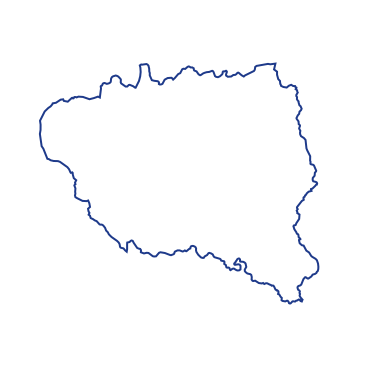 the district of Andramasina, Analamanga, Madagascar, rotated 343°
{"feature_id": "10022922B11040894453097", "entity_name": "Andramasina", "entity_type": "district", "adm_level": 2, "iso_a3": "MDG", "parent_name": "Madagascar", "parent_adm1": "Analamanga", "projection": "mercator", "projection_center": [47.78, -19.337], "detail": "fine", "context": "isolated", "style": "outline", "palette": "blue", "viewbox_px": 384, "rotation_deg": 343, "n_neighbors": 0, "source": "geoboundaries", "source_scale": "gbopen_adm2", "svg_char_len": 5961}
<svg xmlns="http://www.w3.org/2000/svg" viewBox="0 0 384 384"><g transform="rotate(343 192 192)"><path d="M136.3,63.9L135.6,64.3L135.2,66.5L131.5,74.7L130.0,73.3L125.7,73.5L121.1,73.3L115.5,69.2L111.3,67.6L109.3,67.8L108.6,67.2L107.3,66.8L106.1,67.8L105.5,67.7L105.0,66.9L104.6,66.9L99.6,69.3L96.1,67.4L95.9,65.7L93.4,65.3L88.0,66.9L84.7,66.5L84.1,67.3L81.8,68.8L79.2,69.6L74.7,71.9L67.5,79.4L66.9,83.3L65.3,88.4L63.5,92.0L61.6,104.3L62.5,107.1L63.4,118.0L64.6,118.6L66.2,120.4L68.8,121.9L72.9,123.3L74.6,124.6L80.1,131.8L81.1,134.3L81.5,137.7L81.8,138.3L83.2,138.2L83.5,138.9L83.1,140.4L83.0,144.2L84.7,146.9L82.9,148.8L82.8,150.5L82.0,150.7L81.4,151.4L81.6,154.4L80.3,157.7L80.0,159.5L79.1,161.0L79.0,162.8L80.2,164.2L84.7,168.5L88.5,169.9L90.2,169.8L90.5,172.8L90.1,176.5L87.7,177.6L87.4,180.3L87.8,182.0L86.5,183.5L87.5,184.8L87.5,187.3L89.4,189.0L90.7,190.7L92.3,192.0L94.1,195.9L94.8,196.4L96.2,196.8L97.3,198.0L98.4,200.8L98.6,203.8L99.7,205.8L100.1,208.1L100.7,209.3L101.9,211.5L106.0,216.8L107.1,218.8L107.5,220.6L107.2,223.2L107.3,224.0L107.8,224.6L110.0,225.9L111.0,228.3L112.1,230.0L113.2,227.8L114.8,222.6L115.3,221.4L117.6,221.6L119.1,220.8L120.1,220.7L121.0,221.4L121.4,223.6L123.2,229.4L124.4,230.5L125.8,231.3L126.2,232.7L125.5,234.7L128.1,236.7L130.9,236.9L132.6,237.6L135.7,241.9L136.9,242.6L138.8,243.0L142.7,240.5L144.2,240.4L148.2,242.4L152.7,245.9L153.5,246.3L156.3,246.1L157.0,245.7L157.6,244.6L158.3,244.0L161.1,243.6L163.2,244.3L165.5,246.1L166.4,246.2L168.1,245.8L168.9,246.8L169.4,247.0L172.4,245.7L173.9,245.5L174.1,244.8L175.1,243.7L176.3,243.6L177.3,243.9L178.6,244.9L179.3,246.0L179.4,247.3L178.8,248.8L178.7,250.6L179.6,253.8L181.4,257.1L182.6,258.0L184.0,258.4L185.3,257.3L188.0,256.7L189.9,255.3L190.8,255.3L192.4,256.4L193.6,257.8L193.9,259.9L194.4,260.9L199.2,264.1L199.6,264.6L199.9,266.2L202.4,267.6L202.6,268.4L201.8,270.2L203.0,271.7L202.9,274.1L203.6,274.7L204.8,274.9L205.3,275.3L205.6,275.8L205.6,277.5L206.0,278.0L208.1,277.3L209.1,277.3L209.7,277.5L211.6,279.7L212.7,280.4L214.2,280.7L215.7,280.2L216.8,276.9L216.4,275.5L215.3,274.7L211.8,274.2L211.4,273.8L211.3,273.1L211.8,272.5L213.0,272.0L213.3,271.4L214.5,270.6L215.7,269.5L216.9,269.2L217.8,269.5L218.2,270.5L217.7,272.2L217.9,272.7L220.5,273.7L221.7,274.8L222.3,276.0L222.0,279.5L219.8,281.6L219.4,283.1L219.9,284.4L221.1,286.1L223.8,287.7L224.4,288.6L224.3,290.8L223.4,293.2L223.9,294.6L224.4,295.0L226.5,295.3L229.3,298.6L232.1,299.9L233.4,299.8L234.2,301.1L236.0,300.9L237.2,301.3L239.3,303.3L240.3,304.0L240.8,304.9L241.8,305.0L242.5,305.4L242.9,306.7L243.3,309.6L244.1,310.7L244.3,310.5L244.8,310.9L245.5,312.1L245.5,313.0L244.5,314.7L245.5,315.5L246.1,318.1L246.9,319.5L246.0,321.7L246.7,322.6L249.2,323.9L250.9,323.7L251.6,323.9L252.2,325.0L252.3,326.7L253.1,327.3L253.8,327.3L256.1,326.0L256.8,326.1L258.5,326.9L259.8,326.4L260.9,326.5L262.6,326.0L263.5,326.5L263.9,328.0L265.0,328.8L266.2,327.3L265.6,326.5L265.7,326.1L265.1,325.0L264.6,323.0L264.7,322.3L265.5,321.1L265.3,319.9L266.1,318.5L265.9,317.7L264.9,316.4L264.9,314.4L265.3,313.6L266.3,313.0L268.1,313.0L269.4,312.5L273.1,307.9L275.2,306.6L275.8,306.7L277.2,308.5L278.0,308.8L281.4,307.7L283.2,306.3L285.7,306.3L287.3,305.8L288.0,304.9L289.1,304.4L290.2,302.7L291.0,300.4L291.6,297.3L291.5,293.8L290.6,292.0L288.0,289.1L287.3,288.0L286.3,284.1L284.2,281.5L283.1,275.9L281.5,275.0L280.0,272.5L280.2,269.5L280.5,268.9L281.8,268.9L281.9,268.4L280.8,266.3L281.2,264.1L281.1,263.5L280.1,262.5L280.0,261.0L279.0,257.6L279.0,254.4L279.6,253.8L281.4,253.9L282.7,252.3L286.6,249.1L286.8,248.6L288.2,245.0L286.5,242.9L286.9,242.2L286.7,240.4L288.1,239.3L287.7,237.9L288.1,237.1L294.4,232.7L296.6,232.1L296.8,230.3L297.3,229.7L298.3,229.5L299.2,228.3L300.2,228.0L301.3,226.9L303.6,225.8L306.6,225.9L306.5,224.2L306.7,223.9L308.0,224.0L311.6,222.2L313.2,221.1L313.6,221.3L314.2,220.4L314.1,219.4L313.4,218.6L311.1,217.2L310.9,216.4L311.1,215.1L311.7,213.8L314.0,212.3L315.2,209.4L316.6,208.6L317.0,208.0L316.4,202.3L315.8,201.4L313.8,200.2L313.5,199.6L314.2,197.7L314.1,196.6L315.5,192.3L314.4,186.0L314.2,183.8L315.8,175.4L314.8,173.1L312.6,170.5L312.3,168.6L312.6,167.0L313.5,165.1L313.0,162.7L313.5,161.8L314.4,160.7L314.7,159.9L314.5,159.2L313.9,158.4L314.5,155.6L313.5,152.7L313.5,151.9L315.5,149.7L317.3,148.6L318.3,146.6L320.2,145.6L321.2,144.4L320.9,141.7L320.1,140.5L320.1,137.6L320.4,136.5L319.8,135.3L319.5,133.8L320.2,132.0L319.8,130.7L320.2,129.6L322.2,127.8L322.0,126.9L322.2,125.4L321.2,123.9L322.2,123.2L322.4,122.7L321.6,121.9L321.6,120.9L319.7,120.2L318.2,118.5L315.7,118.7L313.1,119.8L310.1,118.3L308.2,116.5L308.3,115.0L308.0,114.5L308.6,111.5L307.5,109.3L307.6,104.8L308.5,101.8L306.3,98.8L309.3,93.6L304.3,92.8L302.1,91.7L290.6,90.3L289.0,90.9L287.8,93.4L286.6,94.4L276.8,96.0L275.3,96.7L273.6,94.9L271.6,91.8L271.0,91.3L270.2,91.4L268.7,92.3L267.6,92.6L265.7,92.2L263.3,93.0L260.0,92.3L258.7,90.7L258.7,90.2L259.0,89.4L260.5,87.3L260.3,86.3L260.0,86.0L258.3,86.2L257.1,85.8L256.4,86.3L255.9,87.6L255.2,88.3L252.6,89.5L250.4,89.8L248.7,88.9L247.9,87.9L247.7,83.7L247.4,82.6L246.7,82.0L243.6,82.2L241.0,81.7L238.6,81.7L237.1,81.9L235.1,82.6L233.9,82.7L232.7,81.4L231.6,78.0L229.7,76.5L229.5,75.8L229.8,74.2L228.6,72.9L227.3,72.6L226.0,71.2L225.3,70.9L224.2,71.1L221.5,72.3L219.8,71.6L218.5,71.8L215.5,74.9L213.3,75.2L208.9,78.0L206.8,79.0L206.2,77.3L205.6,76.7L202.0,75.9L198.7,76.6L195.4,79.9L194.4,80.1L192.8,79.9L191.9,79.1L192.4,77.7L192.4,77.2L191.7,76.1L188.4,74.6L186.3,73.3L185.7,68.1L186.4,65.9L186.4,64.2L187.1,61.6L187.3,58.5L186.7,57.1L185.8,56.3L181.3,55.6L180.7,55.2L179.1,55.7L179.0,57.9L178.0,62.2L176.3,66.2L173.8,70.3L168.6,75.8L168.2,75.7L166.6,73.6L163.8,71.3L162.9,71.2L160.8,72.2L159.3,71.7L156.0,67.4L155.9,66.3L156.8,63.8L156.7,63.0L155.3,60.1L154.2,59.0L153.1,58.3L150.3,58.3L148.9,58.8L147.8,59.9L146.5,62.9L145.6,63.5L144.2,63.8L142.2,63.7L140.3,62.2L139.3,62.1L138.4,62.3L137.1,63.9L136.3,63.9Z" fill="none" stroke="#1e3a8a" stroke-width="2"/></g></svg>